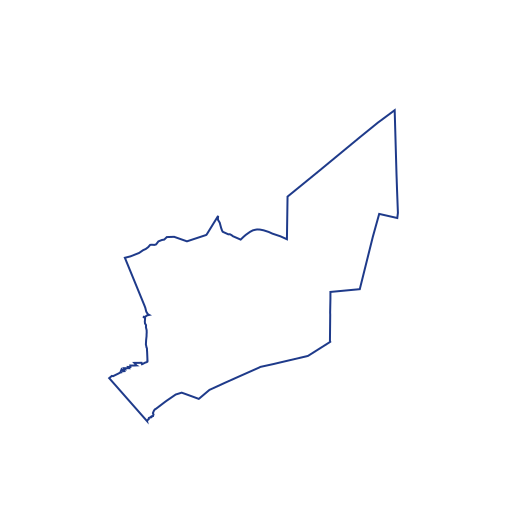 outline of Abasolo, Coahuila, Mexico, rotated 303°
{"feature_id": "50627088B17032469842403", "entity_name": "Abasolo", "entity_type": "district", "adm_level": 2, "iso_a3": "MEX", "parent_name": "Mexico", "parent_adm1": "Coahuila", "projection": "albers", "projection_center": [-101.341, 27.143], "detail": "fine", "context": "isolated", "style": "outline", "palette": "blue", "viewbox_px": 512, "rotation_deg": 303, "n_neighbors": 0, "source": "geoboundaries", "source_scale": "gbopen_adm2", "svg_char_len": 2322}
<svg xmlns="http://www.w3.org/2000/svg" viewBox="0 0 512 512"><g transform="rotate(303 256 256)"><path d="M453.8,292.9L434.3,285.6L412.4,278.5L360.3,262.1L323.0,250.1L286.9,272.8L285.8,265.7L283.7,257.6L283.1,253.6L281.7,248.4L280.3,244.9L278.9,242.5L277.7,241.2L275.8,239.4L273.1,237.9L270.9,237.0L268.1,235.9L265.3,235.1L261.4,234.2L260.0,225.7L260.2,224.2L260.0,222.2L259.1,221.0L258.2,214.9L258.9,213.6L260.6,211.4L264.2,207.4L265.6,204.5L266.6,203.7L269.0,202.4L248.6,202.9L248.2,202.9L246.9,202.9L246.4,202.7L230.7,190.1L227.5,176.9L223.3,170.9L219.8,170.1L218.1,168.3L215.1,166.2L211.3,165.9L210.0,164.8L208.7,162.5L207.7,161.2L205.8,160.9L204.8,160.8L201.8,159.7L199.5,158.2L194.9,156.3L187.3,150.9L183.1,147.0L153.5,189.7L152.4,191.2L151.6,192.1L149.8,194.0L149.7,194.2L149.5,194.4L148.3,197.0L148.4,198.5L147.3,197.4L147.2,197.2L144.4,196.0L143.6,194.3L143.5,196.8L142.1,197.6L140.4,198.5L140.1,198.8L139.8,199.0L139.5,199.2L138.9,199.7L138.4,201.0L137.6,201.8L136.8,202.2L136.3,202.5L134.2,204.7L132.0,206.2L131.2,206.6L129.1,207.9L125.7,209.6L121.9,211.8L120.1,213.6L119.9,213.7L119.4,214.5L118.8,215.1L117.0,216.3L116.7,216.6L110.1,221.3L109.6,221.5L109.3,221.7L109.3,221.9L108.5,222.3L108.3,222.5L108.2,222.5L107.4,222.1L106.8,221.6L105.9,220.9L103.5,219.6L103.1,219.3L103.3,219.0L104.1,218.2L100.1,212.2L99.7,213.8L99.1,215.2L99.1,215.3L97.6,213.2L95.7,210.2L94.5,211.1L93.3,209.2L92.7,210.6L90.1,206.5L89.5,208.1L88.8,207.2L88.3,206.2L87.6,208.1L86.9,207.2L87.7,205.0L86.6,205.2L85.0,205.5L84.8,206.1L84.3,205.6L82.6,204.7L78.6,202.3L77.4,201.6L77.3,201.4L76.9,200.4L73.6,199.4L68.6,217.3L60.2,247.3L59.5,249.8L58.2,254.5L58.5,254.2L60.7,254.9L61.2,254.5L61.9,254.4L62.8,255.2L63.3,255.2L63.8,255.5L63.9,256.1L64.3,256.1L64.8,255.8L65.7,256.8L67.2,256.3L67.3,256.3L68.1,255.1L70.9,254.6L71.4,254.7L71.7,254.7L72.5,254.8L73.3,255.3L80.0,257.7L83.9,259.1L86.0,259.9L96.1,264.1L100.9,268.1L101.7,271.4L103.8,280.5L105.0,285.8L105.5,286.0L118.4,289.9L132.9,299.1L142.8,305.5L164.0,319.3L165.4,320.1L174.8,329.4L179.1,333.5L200.5,354.0L223.1,364.4L224.5,365.0L225.3,364.1L247.2,350.2L248.9,349.0L260.5,341.8L266.4,338.0L274.0,347.6L284.7,361.1L335.8,343.5L358.4,336.4L364.8,353.8L369.5,351.5L388.8,337.9L395.8,333.0L396.4,332.6L401.1,329.3L453.8,292.9Z" fill="none" stroke="#1e3a8a" stroke-width="2"/></g></svg>